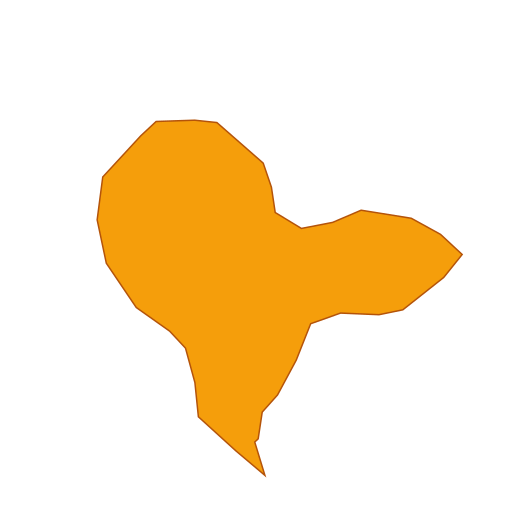 outline of Coyah, rotated 317°
{"feature_id": "GIN-5631", "entity_name": "Coyah", "entity_type": "Prefecture", "adm_level": 1, "iso_a3": "GIN", "parent_name": "Guinea", "parent_adm1": "", "projection": "mercator", "projection_center": [-13.332, 9.762], "detail": "fine", "context": "isolated", "style": "filled", "palette": "amber", "viewbox_px": 512, "rotation_deg": 317, "n_neighbors": 0, "source": "natural_earth", "source_scale": "10m", "svg_char_len": 576}
<svg xmlns="http://www.w3.org/2000/svg" viewBox="0 0 512 512"><g transform="rotate(317 256 256)"><path d="M132.9,391.2L128.2,391.2L112.9,422.5L108.4,384.9L104.2,334.3L125.0,306.9L141.6,275.3L141.6,252.1L133.3,212.0L141.6,159.2L164.5,121.2L197.8,93.7L253.9,89.5L274.7,89.5L303.8,114.9L318.4,131.7L324.6,193.0L314.2,216.2L299.7,237.3L308.0,266.8L335.0,283.7L364.1,294.2L395.3,334.3L405.7,366.0L407.8,395.5L378.7,399.7L326.7,395.5L305.9,382.8L278.9,355.4L249.8,342.8L214.4,359.6L177.0,372.3L154.1,374.4L132.9,391.2Z" fill="#f59e0b" stroke="#b45309" stroke-width="1.5"/></g></svg>